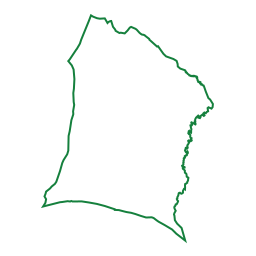 Nasarawa, Nassarawa, Nigeria (Equal Earth projection)
{"feature_id": "59680162B9133954487337", "entity_name": "Nasarawa", "entity_type": "district", "adm_level": 2, "iso_a3": "NGA", "parent_name": "Nigeria", "parent_adm1": "Nassarawa", "projection": "equal_earth", "projection_center": [7.947, 8.329], "detail": "fine", "context": "isolated", "style": "outline", "palette": "green", "viewbox_px": 256, "rotation_deg": 0, "n_neighbors": 0, "source": "geoboundaries", "source_scale": "gbopen_adm2", "svg_char_len": 4657}
<svg xmlns="http://www.w3.org/2000/svg" viewBox="0 0 256 256"><path d="M76.4,49.4L69.8,59.3L68.3,61.1L71.8,65.4L73.6,69.5L74.4,79.1L73.9,88.8L73.3,93.0L73.7,102.0L74.2,104.9L73.1,111.3L73.3,114.1L73.1,114.9L71.4,120.1L69.7,131.2L68.6,135.9L68.3,150.6L67.2,154.3L63.6,160.0L62.3,162.9L60.0,171.1L56.3,181.8L54.9,183.9L51.7,186.5L50.0,188.5L46.1,191.6L45.5,193.9L44.5,196.4L46.1,199.2L45.4,202.8L43.1,206.5L60.1,202.2L62.2,202.0L67.6,201.2L70.2,201.5L71.2,201.0L72.7,201.5L80.7,201.4L81.7,201.4L89.0,202.5L96.8,203.9L104.8,206.0L112.7,208.6L114.6,209.2L115.0,209.4L114.9,209.9L118.9,210.1L124.7,211.6L126.8,212.1L131.1,212.8L135.3,214.0L140.8,215.9L146.1,217.5L151.7,217.3L153.6,218.0L156.6,220.3L158.6,221.7L164.2,224.8L172.1,229.5L173.5,230.9L176.3,233.7L185.2,240.6L181.6,228.0L177.1,223.6L174.9,220.2L174.4,215.5L174.0,214.6L174.3,213.3L174.9,212.2L175.7,210.8L175.1,209.7L174.5,208.4L174.3,207.2L174.6,206.4L175.2,206.0L175.7,204.4L176.4,204.4L176.9,203.9L177.9,201.8L178.1,201.1L177.2,200.0L176.8,199.0L177.4,198.3L177.3,197.3L177.8,196.4L178.3,195.4L178.7,193.3L179.1,192.9L179.9,192.7L180.6,193.4L181.7,193.7L182.4,193.1L183.0,192.7L182.9,192.0L183.0,190.8L184.0,188.8L184.3,188.6L185.0,189.2L185.1,187.4L185.0,185.0L185.2,184.0L185.8,183.9L186.2,183.4L186.7,183.1L187.2,182.8L187.2,182.0L187.4,181.6L187.8,181.0L188.1,180.1L188.1,179.0L188.3,178.5L188.4,177.8L188.0,177.4L187.3,177.1L186.7,176.6L186.6,175.1L186.3,173.8L186.0,173.4L185.1,172.9L184.8,172.1L184.9,170.7L184.4,170.0L183.0,168.9L182.8,168.5L183.1,167.8L183.4,167.6L184.1,167.6L184.6,167.5L184.5,167.0L184.2,166.9L182.4,166.6L182.1,165.7L183.1,165.0L183.5,164.1L183.3,163.4L183.2,162.9L183.3,162.6L183.7,162.2L183.7,161.9L183.5,161.5L183.4,161.0L183.5,160.6L183.8,160.3L183.9,159.8L183.7,158.6L183.8,158.2L184.4,158.2L184.8,157.8L185.1,157.0L184.8,156.8L184.7,156.2L185.0,155.9L185.9,155.4L186.6,155.4L186.9,155.1L186.8,154.4L187.2,153.9L187.7,153.3L187.9,152.8L187.7,151.8L187.4,151.3L187.1,151.5L187.1,152.2L186.6,152.6L186.0,152.3L185.7,151.8L185.2,150.9L185.0,150.2L185.6,149.5L185.6,148.2L185.8,147.8L186.1,147.7L186.5,147.9L187.0,148.4L187.3,148.5L187.6,147.9L187.7,147.3L187.3,146.4L187.3,145.6L187.5,145.0L188.0,144.6L188.3,143.9L188.6,143.4L189.0,142.7L188.7,142.1L188.4,141.6L188.2,141.0L188.2,140.8L188.7,140.6L188.9,140.4L189.3,140.6L189.7,141.1L190.1,141.3L190.7,141.2L190.9,140.9L191.4,140.8L191.7,140.5L191.6,140.2L191.0,140.0L190.8,139.7L190.8,139.3L191.2,139.1L191.5,138.7L191.5,138.1L190.8,137.9L190.5,137.5L190.2,136.8L190.3,135.7L190.2,135.0L189.9,134.5L189.0,134.2L188.3,133.2L188.5,132.7L188.6,131.9L188.8,131.1L189.1,130.9L189.5,132.5L189.9,132.6L190.1,132.3L190.0,131.6L190.1,131.3L190.5,131.4L190.8,132.1L191.1,132.4L191.2,131.9L191.0,131.1L191.2,130.2L191.4,129.4L191.3,128.6L190.9,127.8L190.9,127.3L190.7,126.3L190.4,125.5L190.5,125.2L190.8,125.2L191.3,125.7L191.7,125.4L192.0,125.0L192.3,124.3L192.0,123.6L191.7,123.3L191.3,122.9L191.3,122.5L191.5,122.3L191.8,122.4L192.2,123.1L192.9,123.6L193.6,123.1L194.2,123.3L194.9,124.2L195.4,124.4L195.6,124.0L195.2,122.8L194.7,121.8L194.7,121.4L195.3,121.3L195.2,120.5L195.2,119.3L196.1,117.6L198.2,115.6L198.9,116.3L198.5,117.7L199.9,118.1L200.5,117.2L200.3,116.2L202.3,114.7L203.8,115.9L204.5,115.4L203.5,113.3L204.4,112.5L205.8,113.2L206.8,111.9L208.1,111.3L207.6,108.1L208.5,107.3L211.5,108.6L212.6,107.1L212.9,104.0L210.1,99.5L208.4,98.1L205.8,91.6L204.0,86.4L203.5,85.4L202.6,85.3L202.3,85.0L202.0,84.3L201.7,84.1L201.1,84.5L200.9,84.2L200.7,83.7L200.4,83.7L200.1,83.5L200.2,83.2L200.5,82.8L200.5,82.2L200.0,81.9L199.6,81.8L199.1,82.1L198.6,82.1L198.4,81.8L198.1,81.7L198.1,81.0L197.7,80.6L197.5,80.1L197.6,79.4L196.9,78.4L196.9,78.0L197.2,77.7L197.2,77.3L196.9,76.7L196.5,76.6L196.4,76.9L196.2,77.0L195.9,76.3L195.4,76.2L194.9,76.1L194.6,76.3L194.3,76.2L194.4,75.9L194.1,75.8L193.3,75.8L192.6,75.9L192.6,76.2L192.3,76.1L192.1,76.0L191.9,76.1L191.7,76.0L191.3,76.1L191.1,76.1L190.8,76.0L190.5,75.9L190.4,75.5L190.1,75.5L189.3,75.4L189.0,74.8L188.5,74.4L187.7,73.9L187.3,73.4L187.0,72.9L186.8,72.9L186.4,72.3L186.2,72.0L185.9,72.3L185.7,72.1L185.6,71.6L185.4,71.2L185.2,70.4L184.9,70.2L180.3,68.6L177.8,66.5L177.6,63.9L176.6,60.9L173.4,59.0L166.1,56.4L163.4,53.8L158.0,46.2L157.1,46.6L149.4,39.7L149.2,38.9L145.3,35.9L144.6,35.2L143.1,34.7L142.2,34.7L141.0,34.0L139.6,32.9L136.7,29.7L135.5,28.8L131.1,26.9L129.8,27.6L127.5,30.6L124.7,33.4L120.8,32.7L119.4,33.0L115.6,30.8L115.2,29.6L113.0,26.8L111.2,21.0L110.3,21.1L108.4,22.0L107.5,23.0L104.8,18.4L99.8,18.7L97.0,18.2L93.2,16.7L91.0,15.4L88.8,21.1L81.2,39.7L80.0,43.4L79.5,44.4L77.9,47.1L76.8,49.0L76.4,49.4Z" fill="none" stroke="#15803d" stroke-width="2"/></svg>